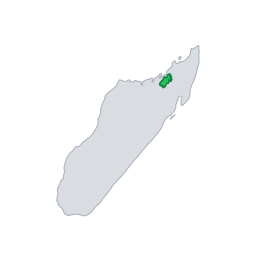 Antsohihy, Sofia, Madagascar shown in context, rotated 26°
{"feature_id": "10022922B54557741887580", "entity_name": "Antsohihy", "entity_type": "district", "adm_level": 2, "iso_a3": "MDG", "parent_name": "Madagascar", "parent_adm1": "Sofia", "projection": "equal_earth", "projection_center": [48.096, -14.972], "detail": "fine", "context": "in_parent", "style": "filled", "palette": "green", "viewbox_px": 256, "rotation_deg": 26, "n_neighbors": 0, "source": "geoboundaries", "source_scale": "gbopen_adm2", "svg_char_len": 5675}
<svg xmlns="http://www.w3.org/2000/svg" viewBox="0 0 256 256"><g transform="rotate(26 128 128)"><path d="M158.8,28.6L159.3,30.3L160.0,31.9L161.9,35.7L162.7,37.2L163.5,38.8L163.8,41.9L165.0,46.8L166.2,54.1L166.5,61.5L166.9,65.0L167.8,68.2L169.3,71.5L169.7,75.3L168.8,79.1L167.5,82.7L167.1,83.4L166.5,84.3L166.2,84.3L165.2,83.3L164.3,81.8L163.2,78.2L162.8,76.4L162.4,76.1L161.1,76.3L160.2,77.4L160.0,78.1L160.2,80.1L160.5,82.0L160.7,83.8L160.7,86.1L161.0,86.8L161.5,87.4L162.1,88.9L162.2,92.6L161.8,94.4L160.9,96.0L161.0,96.8L161.3,97.7L161.0,98.2L159.8,98.9L159.3,99.5L158.6,101.1L157.6,104.4L157.4,106.0L158.1,111.1L157.9,114.7L156.5,121.5L155.8,124.7L154.7,128.6L153.0,133.7L151.3,140.1L149.9,146.7L148.9,150.6L147.7,154.5L146.1,161.3L144.7,168.3L142.7,175.9L140.0,184.4L139.7,185.5L139.1,189.8L138.5,193.6L137.7,197.3L136.2,203.4L136.0,205.3L135.7,207.1L134.2,210.9L133.6,212.4L133.1,213.9L132.9,215.8L132.4,217.7L131.4,221.1L129.7,224.0L128.6,225.0L126.3,226.6L125.1,226.9L122.4,226.9L119.8,227.8L117.1,229.5L114.5,231.4L113.5,232.3L112.4,232.9L109.0,233.0L108.0,232.5L104.5,229.4L103.2,228.9L100.7,228.4L99.9,228.1L99.2,227.7L98.2,226.1L96.1,224.7L95.6,224.2L95.3,223.3L95.1,222.2L94.6,221.0L94.1,218.8L93.5,217.3L91.6,214.5L91.4,213.6L91.2,210.7L91.2,208.7L91.0,205.1L91.2,203.4L91.8,201.8L91.5,200.2L90.8,198.4L90.5,196.6L90.0,195.0L88.0,192.0L87.5,190.5L87.2,189.0L86.4,184.2L86.3,182.6L86.3,179.1L86.6,177.3L87.0,176.0L87.2,175.1L87.5,174.3L87.9,173.7L88.2,172.9L88.9,168.4L89.8,167.4L91.2,166.8L92.3,165.7L92.9,164.1L93.6,160.8L95.3,157.6L95.9,155.9L97.3,153.3L98.5,149.7L98.9,147.9L99.1,146.2L99.4,142.3L99.6,140.4L99.6,138.5L98.8,136.6L97.1,133.0L97.0,132.4L97.1,129.7L97.0,127.8L96.3,125.9L95.5,124.1L94.7,120.8L94.3,115.2L94.3,113.2L94.1,111.4L93.5,109.7L93.9,106.7L98.9,95.9L99.1,94.7L98.9,91.4L99.0,89.5L99.1,88.7L99.5,88.3L100.4,88.1L104.6,87.7L105.1,87.3L106.2,86.4L107.6,84.6L108.2,84.1L108.8,84.3L109.2,85.1L109.6,85.5L111.3,84.7L112.0,84.7L112.6,84.8L112.9,84.1L113.1,83.1L113.4,82.4L113.8,82.0L116.0,81.8L117.4,81.5L119.1,80.8L119.5,80.9L121.0,83.4L121.4,83.6L122.0,83.7L122.5,83.3L121.3,82.0L121.1,81.3L121.2,80.4L121.8,78.6L122.8,77.3L125.2,75.2L127.6,72.8L128.3,72.6L128.9,73.0L129.4,75.8L129.3,76.3L129.7,76.4L130.1,76.0L130.5,74.9L130.6,73.9L130.2,73.0L130.1,72.3L130.1,71.6L131.3,69.9L132.3,68.3L132.7,66.4L133.1,65.5L134.1,64.5L134.4,64.7L134.7,65.5L134.8,66.3L134.5,67.2L134.1,68.0L134.0,69.1L134.6,69.3L135.1,69.1L135.9,67.0L136.8,65.1L137.4,64.2L138.0,63.5L139.2,63.6L140.3,64.0L138.5,62.0L138.0,59.3L140.2,54.5L140.2,53.5L140.5,53.2L140.6,52.8L139.5,51.2L139.3,50.4L139.5,49.2L140.0,48.1L140.5,47.3L141.1,47.0L141.7,47.5L142.9,48.8L143.7,49.0L144.6,47.7L145.4,46.1L146.6,45.0L148.0,44.3L150.0,41.8L151.4,36.6L151.5,35.1L151.2,33.2L150.7,31.4L149.9,29.2L150.1,28.7L151.3,29.0L151.6,28.7L152.9,26.8L154.9,23.0L155.6,23.0L156.1,23.7L156.3,24.8L156.7,25.5L158.1,27.3L158.8,28.6ZM144.7,43.4L144.7,43.9L143.2,43.7L142.9,41.7L143.7,41.7L143.9,40.8L144.3,40.7L144.8,42.5L144.7,43.4ZM163.3,99.1L161.9,102.0L162.3,99.6L163.9,96.1L164.3,95.8L163.3,99.1Z" fill="#d9dde1" stroke="#a8b0b8" stroke-width="1"/><path d="M141.2,76.1L141.2,75.9L141.3,75.9L141.5,75.8L141.5,75.7L141.8,75.6L141.9,75.4L142.0,75.3L142.0,75.2L142.1,75.3L142.1,75.2L142.3,75.2L142.5,75.3L142.8,75.1L143.0,75.2L143.2,74.7L143.0,74.2L142.9,74.2L142.9,73.9L142.9,73.7L143.0,73.6L143.1,73.4L143.2,73.2L143.3,73.0L143.4,72.8L143.4,72.7L143.3,72.2L143.3,71.7L143.3,71.4L143.4,71.2L143.5,70.9L143.6,70.7L143.8,70.5L143.9,70.3L144.0,70.2L144.2,69.9L144.3,69.9L144.3,70.0L144.5,70.0L144.7,69.9L144.7,69.7L144.5,69.3L144.5,69.2L144.4,69.2L144.4,69.3L144.2,69.2L144.0,68.9L144.1,68.7L144.1,68.3L144.2,68.2L144.3,68.1L144.2,68.1L144.1,67.9L144.2,67.7L144.0,67.4L144.2,67.5L144.4,67.1L144.6,66.8L144.7,66.7L144.8,66.7L145.0,66.7L145.1,66.9L145.2,67.0L145.3,67.2L145.3,67.3L145.7,67.5L145.8,67.5L146.1,67.2L146.1,66.8L146.1,66.0L146.1,65.4L146.0,65.5L145.9,65.5L145.7,65.6L145.5,65.8L145.4,65.7L145.2,65.4L145.1,65.2L144.9,65.0L144.8,64.9L144.7,64.9L144.6,64.7L144.6,64.4L144.9,64.2L144.9,63.9L144.9,63.7L144.8,63.4L144.7,63.1L144.6,62.9L144.5,62.7L144.4,62.6L144.1,62.7L144.1,62.8L143.9,62.8L143.9,63.0L143.7,63.3L143.4,63.2L143.4,63.3L143.3,63.2L143.3,62.8L143.3,62.4L143.2,62.0L143.2,61.9L143.1,61.6L142.8,61.5L142.7,61.5L142.8,61.6L142.8,61.8L142.7,61.7L142.6,61.8L142.5,61.7L142.4,61.6L142.2,61.7L142.1,61.4L141.9,61.5L141.8,61.4L141.7,61.5L141.8,61.8L141.6,62.0L141.4,62.1L141.3,61.9L141.2,61.8L141.2,61.7L141.0,61.9L140.8,62.0L140.7,62.1L140.7,62.3L140.8,62.6L140.8,62.8L140.7,62.8L140.6,63.0L140.4,63.2L140.5,63.5L140.6,63.9L140.6,64.1L140.6,64.3L140.6,64.7L140.7,65.1L140.7,65.3L140.6,65.5L140.5,65.8L140.2,66.0L139.9,66.2L139.6,66.1L139.4,66.0L139.2,66.1L139.1,65.9L138.9,65.9L138.7,65.9L138.5,66.0L138.4,66.1L138.3,66.3L138.3,66.5L138.3,66.8L138.3,67.0L138.2,67.2L138.2,67.3L138.1,67.6L137.9,67.7L138.0,67.9L138.0,68.0L138.2,68.3L138.3,68.4L138.3,68.5L138.3,68.8L138.2,69.1L138.2,69.3L138.3,69.4L138.4,69.5L138.3,69.9L138.3,70.1L138.3,70.3L138.2,70.3L137.9,70.4L137.7,70.5L137.7,70.8L137.7,71.0L137.6,71.3L137.4,71.5L137.4,71.9L137.4,72.0L137.5,72.2L137.5,72.3L137.4,72.4L137.3,72.6L137.2,72.7L137.2,72.8L137.2,73.1L137.1,73.3L137.1,73.5L137.2,73.8L137.0,74.0L137.1,74.3L137.2,74.6L137.2,74.8L137.3,74.9L137.4,75.0L137.5,75.0L137.7,75.3L137.8,75.3L137.9,75.5L138.0,75.5L138.2,75.4L138.3,75.4L138.3,75.2L138.5,75.1L138.7,74.9L138.8,74.8L139.0,74.8L139.3,75.1L139.3,75.3L139.3,75.5L139.5,75.4L139.8,75.3L139.9,75.2L140.0,75.1L140.3,75.2L140.4,75.3L140.7,75.4L140.7,75.5L140.9,75.8L141.0,75.8L140.9,75.9L141.0,76.0L141.2,76.1Z" fill="#22c55e" stroke="#15803d" stroke-width="1.5"/></g></svg>